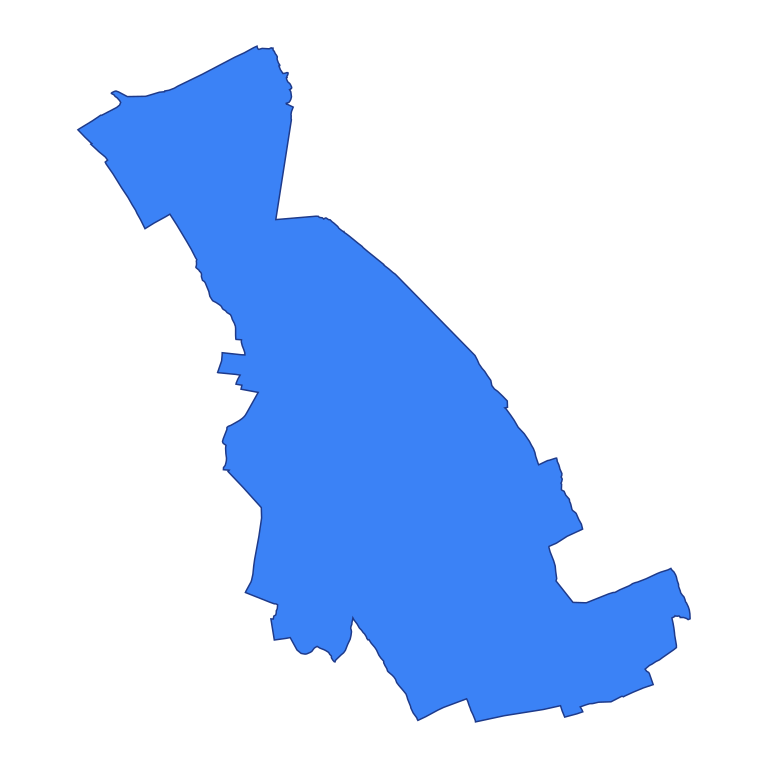 Solesti, Vaslui, Romania (orthographic projection)
{"feature_id": "2599482B14741458296938", "entity_name": "Solesti", "entity_type": "district", "adm_level": 2, "iso_a3": "ROU", "parent_name": "Romania", "parent_adm1": "Vaslui", "projection": "orthographic", "projection_center": [27.814, 46.772], "detail": "fine", "context": "isolated", "style": "filled", "palette": "blue", "viewbox_px": 768, "rotation_deg": 0, "n_neighbors": 0, "source": "geoboundaries", "source_scale": "gbopen_adm2", "svg_char_len": 6055}
<svg xmlns="http://www.w3.org/2000/svg" viewBox="0 0 768 768"><path d="M564.7,717.1L577.0,713.8L582.8,711.8L582.1,710.1L580.2,706.9L585.5,705.0L589.7,703.7L592.6,703.6L598.6,702.2L611.0,701.8L621.5,696.4L622.7,696.4L623.4,696.8L624.8,696.0L633.1,692.2L643.4,687.9L653.2,684.6L649.3,673.4L648.6,672.4L646.6,671.2L645.1,669.1L649.5,665.4L651.9,664.2L656.0,661.5L659.4,659.9L662.6,657.5L673.5,649.9L676.4,647.6L676.4,645.2L674.7,635.3L674.5,632.8L673.9,628.1L673.1,623.4L671.9,618.0L674.7,616.5L675.0,615.8L675.3,616.0L677.6,616.2L678.9,615.9L680.0,616.8L680.2,617.5L683.6,617.5L686.6,618.5L688.1,619.6L690.1,618.8L689.9,613.8L689.3,609.9L688.3,606.8L686.4,602.8L685.9,602.3L685.5,601.6L685.0,599.6L684.0,597.0L683.3,596.1L682.6,595.5L680.9,593.1L680.6,592.5L680.3,591.1L678.6,586.5L678.5,584.2L677.2,580.6L676.4,577.0L675.6,574.9L673.9,571.9L672.0,570.1L671.4,569.3L670.9,568.4L667.9,569.9L660.8,572.1L657.3,573.5L646.0,578.8L637.5,582.1L635.4,582.6L632.4,583.7L630.9,584.8L628.9,585.9L620.0,589.7L615.0,592.4L613.1,592.5L608.6,593.9L586.3,602.8L573.0,602.4L556.0,580.9L556.7,578.6L555.7,571.5L555.2,566.0L553.7,560.9L550.1,551.8L548.9,547.3L549.0,546.4L556.5,543.1L567.1,536.3L582.6,529.1L581.4,524.2L578.8,519.5L576.2,513.5L575.5,512.7L572.8,510.6L572.0,509.6L570.8,504.4L570.3,502.9L569.7,501.8L569.3,499.2L565.8,495.2L564.1,491.3L561.8,490.1L561.4,489.6L561.6,484.2L561.1,483.7L561.0,483.2L561.7,481.6L562.2,479.4L562.0,478.4L561.2,477.2L561.3,476.3L561.6,476.0L561.8,475.3L561.9,473.5L559.9,469.0L559.4,466.8L558.8,464.8L557.2,461.3L557.1,460.0L556.6,458.1L555.6,458.2L549.4,460.2L547.5,460.6L538.7,464.8L538.3,464.0L535.7,456.3L534.9,452.5L533.4,448.6L531.4,445.2L529.4,441.3L524.3,433.8L518.2,427.3L514.1,420.2L510.6,415.1L505.9,408.7L504.9,407.9L507.5,407.3L507.3,401.0L503.0,396.5L497.6,391.3L494.4,389.0L491.8,385.5L490.8,380.4L487.4,375.6L484.8,371.5L482.1,368.4L479.1,364.1L477.3,359.9L475.0,355.5L395.3,274.2L392.9,272.5L388.9,269.0L384.6,265.7L383.9,265.1L383.9,264.6L367.8,251.6L363.1,247.6L362.1,246.4L358.1,243.3L348.8,235.7L346.0,233.6L344.0,232.3L344.0,231.5L342.9,231.4L340.0,229.2L338.9,228.3L338.0,226.9L337.5,226.3L333.9,223.1L332.1,221.8L330.1,219.8L328.5,219.6L326.2,218.0L325.4,218.0L323.7,219.0L322.3,217.8L319.4,217.4L318.3,216.3L316.0,216.2L275.8,219.6L291.4,119.7L291.1,118.7L291.2,115.7L291.0,114.4L291.5,111.5L293.2,107.1L287.8,104.5L286.5,104.2L286.2,103.3L288.9,102.4L289.8,101.3L290.8,99.4L291.5,96.8L290.8,91.8L289.6,89.7L290.2,89.6L290.6,88.8L291.4,88.6L291.7,87.7L291.5,86.8L290.3,84.3L289.6,83.4L287.8,81.9L286.7,79.5L286.4,77.8L287.1,77.4L286.9,76.9L286.9,76.4L287.8,74.8L288.1,73.2L287.9,72.7L286.8,72.6L285.1,73.2L283.0,73.5L280.5,69.9L278.9,65.9L279.1,65.5L279.8,65.5L279.8,65.1L278.4,62.9L277.3,59.9L277.1,58.7L277.3,56.8L276.4,55.1L275.4,53.8L274.6,52.2L274.4,51.5L273.1,50.0L273.0,48.2L272.6,48.3L271.9,48.2L271.8,47.9L270.7,48.0L269.2,48.8L262.1,48.4L258.9,49.4L258.1,49.0L257.4,47.8L257.0,46.1L253.4,47.8L244.3,52.8L234.8,57.2L202.2,74.3L177.7,86.2L174.3,88.2L169.1,90.2L164.7,91.0L164.6,91.7L159.4,92.2L145.8,96.3L127.4,96.6L118.5,91.9L116.0,91.0L114.4,91.4L112.1,92.5L111.4,93.1L111.4,93.5L113.9,94.8L115.2,96.5L117.0,97.7L119.6,100.6L120.7,102.4L119.6,105.1L116.6,107.5L101.8,115.2L100.7,115.2L92.6,120.7L79.6,128.6L77.9,129.8L85.1,137.3L90.8,142.8L91.8,143.5L90.8,144.2L99.0,151.8L105.4,157.1L107.6,160.1L105.2,162.1L106.2,164.1L113.0,173.9L121.6,187.8L128.0,197.4L132.3,205.0L135.5,210.1L137.1,213.6L140.5,219.6L145.0,228.7L154.2,223.0L165.5,216.8L169.9,214.2L176.9,225.1L186.8,241.6L191.2,249.2L195.6,257.8L196.8,259.6L196.3,261.2L196.5,262.6L196.5,264.7L196.2,266.2L195.9,267.0L196.0,267.6L198.9,270.1L199.6,271.3L200.6,272.2L201.1,273.0L201.5,274.1L201.4,276.7L202.5,280.3L204.3,281.5L205.2,282.7L208.9,291.7L209.4,294.3L209.9,296.4L212.0,299.8L212.9,300.9L215.7,302.3L219.4,304.7L220.7,305.7L221.4,306.5L222.5,308.6L223.3,309.4L225.5,310.7L227.1,312.6L230.4,314.6L231.4,316.5L232.3,319.4L234.4,323.4L235.0,325.3L235.3,325.7L235.6,328.2L235.6,335.2L235.8,338.8L236.0,339.4L241.5,339.8L241.3,341.3L241.4,342.4L242.3,345.9L243.7,349.4L244.8,352.7L244.9,354.9L241.8,354.8L222.2,352.7L222.1,355.5L221.6,360.9L217.6,372.5L218.2,372.7L235.8,374.4L240.1,375.1L237.9,379.0L236.3,382.8L236.0,384.2L241.9,385.2L241.0,389.2L258.2,392.4L246.6,413.1L245.2,415.4L244.0,416.8L242.3,418.4L239.4,420.5L230.9,425.3L228.3,426.3L227.0,427.4L226.9,427.8L226.9,429.4L223.3,438.6L222.5,441.5L222.8,442.5L223.3,443.4L226.0,445.3L225.7,446.9L225.6,448.5L225.9,453.7L226.5,458.1L226.4,460.5L226.0,462.5L225.2,465.4L223.7,467.3L223.5,467.6L223.4,469.7L229.1,470.2L228.0,471.5L243.0,487.3L261.3,507.6L261.6,518.0L258.9,536.3L254.6,559.6L253.7,566.1L252.9,574.2L251.6,580.1L251.0,581.9L246.0,591.1L245.4,592.5L269.8,602.2L274.2,603.8L276.0,603.9L277.6,604.7L277.3,608.5L276.7,610.1L276.3,610.7L276.2,613.1L275.7,615.0L273.8,616.1L273.3,619.0L270.9,618.9L274.3,640.0L285.9,638.4L290.2,637.6L297.0,650.0L301.1,653.4L303.1,653.8L305.1,654.1L306.7,653.9L310.2,652.4L311.8,651.4L313.5,649.1L314.5,647.9L317.1,646.4L320.1,648.2L324.0,649.7L325.8,650.6L328.6,652.4L329.8,654.4L331.0,655.6L331.4,656.2L331.4,657.8L332.8,660.1L334.2,661.7L335.0,661.9L335.5,660.5L336.0,659.8L341.1,654.9L343.6,652.8L345.4,650.3L347.6,644.6L350.2,639.1L351.0,635.5L351.5,631.8L351.2,629.9L350.7,628.3L351.0,626.4L351.8,624.4L352.0,622.2L352.5,620.2L352.9,617.9L354.1,620.1L357.1,624.0L359.3,627.9L361.6,630.3L363.2,632.6L364.5,633.8L366.3,636.7L366.9,638.5L368.0,639.9L369.0,639.7L371.2,643.2L374.8,647.4L376.5,650.0L378.9,655.2L380.9,658.1L383.7,661.2L383.7,662.8L385.0,665.6L386.8,668.6L387.5,670.9L388.3,671.9L392.2,675.2L393.9,677.0L395.5,679.3L396.7,682.6L398.8,685.4L403.6,691.0L406.0,694.0L407.0,696.7L407.6,699.0L410.5,706.2L410.9,708.1L413.2,713.0L416.8,717.9L417.3,719.4L417.9,720.4L425.7,716.7L437.9,710.1L443.6,707.4L466.6,698.8L467.8,701.4L469.1,705.4L470.4,708.6L470.8,710.2L472.9,714.5L474.9,719.4L475.3,720.5L475.5,721.9L504.3,715.7L543.3,709.5L560.5,705.7L562.2,711.0L564.7,717.1Z" fill="#3b82f6" stroke="#1e3a8a" stroke-width="1.5"/></svg>